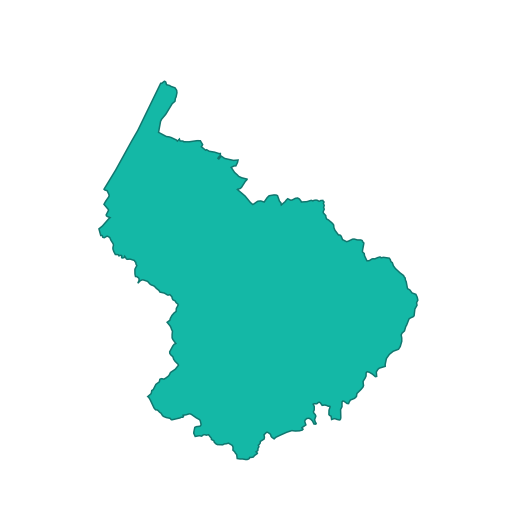 Quang Ninh, Quảng Bình, Vietnam, rotated 254°
{"feature_id": "81297802B18152468964479", "entity_name": "Quang Ninh", "entity_type": "district", "adm_level": 2, "iso_a3": "VNM", "parent_name": "Vietnam", "parent_adm1": "Quảng Bình", "projection": "albers", "projection_center": [106.503, 17.253], "detail": "fine", "context": "isolated", "style": "filled", "palette": "teal", "viewbox_px": 512, "rotation_deg": 254, "n_neighbors": 0, "source": "geoboundaries", "source_scale": "gbopen_adm2", "svg_char_len": 6044}
<svg xmlns="http://www.w3.org/2000/svg" viewBox="0 0 512 512"><g transform="rotate(254 256 256)"><path d="M75.2,223.0L76.3,225.2L77.0,229.3L78.1,237.0L78.3,242.3L76.9,245.6L76.0,249.5L75.9,252.4L76.6,253.5L77.8,252.8L78.3,252.8L79.9,257.4L83.2,257.2L84.6,257.8L85.8,259.9L85.5,262.2L83.9,263.7L81.8,264.8L78.5,265.4L77.9,267.1L78.5,267.7L80.2,267.2L82.5,267.2L85.6,269.4L87.2,269.2L89.4,268.2L90.8,268.4L91.9,269.5L95.2,270.5L97.8,270.1L98.0,271.2L97.3,273.2L97.3,274.0L98.0,275.4L98.0,276.6L97.1,277.4L94.2,278.4L93.8,281.1L92.8,282.8L91.7,284.0L91.3,285.5L90.6,285.7L87.7,283.7L83.6,282.4L82.6,282.7L81.3,284.0L78.0,283.6L78.1,286.1L77.8,287.2L76.6,288.8L75.4,291.0L75.4,291.6L76.1,292.4L77.4,293.0L85.1,295.0L87.4,297.1L91.9,298.4L92.6,299.4L92.3,300.4L89.1,302.9L88.6,304.3L89.8,305.2L91.5,307.0L92.0,311.5L93.2,313.8L96.0,315.1L98.8,320.2L100.5,322.7L101.9,323.7L103.7,323.9L106.0,324.4L108.5,327.2L110.3,328.7L113.2,329.6L113.7,330.1L114.1,331.1L113.0,332.9L110.3,335.4L107.1,337.5L107.0,338.8L111.4,339.7L112.2,340.6L113.4,341.9L114.2,343.5L114.3,349.8L116.2,350.3L121.5,353.1L124.7,357.1L126.6,361.6L127.1,367.3L129.2,369.7L133.8,372.6L137.0,373.5L140.1,373.8L141.5,375.0L143.1,378.1L146.9,380.5L148.0,381.7L153.3,385.7L153.9,387.4L154.3,390.3L155.0,391.5L161.2,394.1L164.3,397.2L166.4,397.4L167.2,397.7L168.9,399.4L171.9,399.6L175.1,399.1L177.5,395.8L181.0,394.5L182.7,392.8L183.6,392.7L189.8,393.3L191.8,393.0L193.8,393.3L195.3,392.6L196.5,392.5L200.1,389.8L205.6,386.5L208.6,385.4L212.0,385.2L213.5,384.1L215.4,384.1L217.2,383.5L219.6,378.2L219.8,375.8L220.6,375.3L220.9,374.9L220.9,372.4L220.5,369.4L221.1,367.7L221.2,366.7L220.4,363.9L220.4,362.7L220.8,361.3L226.3,360.4L228.6,360.7L230.3,359.6L230.8,359.5L232.4,360.1L238.3,363.1L239.0,363.2L240.1,362.5L241.6,362.3L242.5,361.2L243.5,357.9L245.1,355.3L245.6,353.5L244.8,348.9L244.8,347.0L247.9,343.7L251.3,343.4L252.6,342.9L253.2,342.1L253.3,341.3L253.7,341.0L259.0,339.0L261.8,338.7L264.4,339.2L266.1,338.6L270.7,335.6L272.1,334.1L274.0,333.9L275.6,334.2L278.7,332.7L279.4,332.6L280.2,332.9L282.2,334.5L284.2,334.4L285.7,335.5L288.1,335.3L289.0,336.2L289.5,336.2L290.3,335.6L291.0,335.6L291.5,333.6L291.2,332.4L291.2,331.7L292.7,330.2L293.2,329.1L293.5,327.2L293.3,325.8L294.3,324.4L294.2,319.9L295.4,314.5L296.1,314.5L298.9,313.4L300.3,312.0L300.6,309.7L299.9,306.4L300.0,304.8L302.3,302.3L301.5,300.7L300.1,298.8L298.1,294.4L300.3,294.6L302.1,293.7L308.1,293.3L309.1,292.1L309.8,289.9L310.3,285.2L309.0,282.8L305.6,278.7L307.6,275.8L308.1,273.2L308.1,272.5L306.5,267.9L306.4,267.1L308.9,265.4L316.7,262.0L325.1,256.4L325.3,256.9L325.2,259.2L325.9,260.9L330.6,266.2L332.0,268.5L332.4,268.6L335.1,263.9L337.3,261.3L339.1,260.4L342.3,258.4L348.0,256.6L348.6,259.6L348.2,261.5L351.0,264.0L353.2,265.2L354.1,260.7L358.4,252.8L361.6,250.1L359.5,247.0L360.4,246.3L361.3,247.2L362.5,249.5L364.4,250.0L364.5,249.8L364.4,249.1L367.3,244.7L369.6,239.9L371.8,237.8L371.6,236.7L376.1,233.6L377.7,235.4L382.1,234.3L383.1,231.2L384.2,223.2L385.7,218.1L386.2,217.9L386.8,217.0L387.4,215.0L387.9,214.6L389.5,214.6L388.1,212.1L389.5,211.4L393.2,207.2L394.4,205.4L395.6,202.7L401.7,196.4L411.8,201.4L413.6,203.1L417.1,208.3L425.5,217.4L427.1,220.8L429.7,221.9L430.9,223.0L434.7,225.0L437.1,225.4L440.0,224.5L442.7,220.7L443.6,220.1L445.2,217.4L445.5,217.2L448.1,217.2L449.1,216.4L449.2,216.0L448.0,213.0L448.3,212.0L409.2,176.9L400.7,168.1L377.3,144.8L362.1,128.3L361.1,128.9L359.8,130.9L355.5,131.6L354.7,131.5L353.5,130.8L350.1,126.6L347.6,124.1L341.3,126.9L340.3,126.6L336.8,123.3L335.9,123.3L335.0,123.9L333.1,126.3L332.2,124.4L327.2,116.7L325.4,112.5L318.5,112.4L318.4,113.3L317.9,113.8L316.2,113.9L315.4,115.2L316.1,118.0L315.9,118.8L314.1,120.5L311.1,120.9L307.0,122.1L305.5,121.9L303.8,120.9L302.2,120.4L299.7,120.5L296.2,121.2L295.4,123.6L294.9,124.2L293.9,124.3L294.0,125.9L293.8,126.6L293.3,127.0L291.4,126.4L290.9,127.1L290.8,128.8L291.9,129.7L288.8,130.7L288.3,131.4L287.8,133.9L287.4,134.6L285.2,137.9L283.9,138.1L283.2,138.7L281.4,138.4L279.6,138.8L277.1,136.3L276.2,135.8L272.1,134.7L269.5,134.5L269.0,135.8L267.2,137.1L266.5,137.3L264.8,136.9L262.4,134.9L264.2,138.1L264.4,140.1L264.1,141.0L261.5,144.8L258.3,146.3L257.0,147.4L256.3,148.5L254.9,150.0L252.3,151.3L249.7,153.2L247.8,153.7L245.6,157.7L242.9,160.2L242.6,161.0L242.6,162.6L240.0,163.9L238.2,163.8L236.8,164.1L235.3,165.7L234.5,166.1L233.3,166.3L231.2,167.7L230.4,167.6L229.7,167.1L227.6,165.0L224.7,163.9L223.9,161.7L222.1,158.9L219.7,156.5L218.0,155.5L216.8,152.3L212.6,154.1L210.8,154.5L208.6,154.6L206.8,155.0L203.6,153.7L200.4,152.8L198.5,153.1L194.0,154.8L193.7,153.0L192.5,151.3L187.7,146.6L186.1,146.3L184.3,146.9L182.1,148.3L179.4,148.4L178.0,148.9L177.0,149.2L173.3,151.3L172.3,151.3L169.4,147.2L167.6,141.7L165.7,140.0L164.7,138.7L163.7,136.1L163.0,133.6L164.1,131.5L164.1,129.9L163.8,129.5L161.7,128.4L160.2,124.4L155.9,120.4L155.4,118.7L153.3,117.7L152.4,116.9L150.7,113.2L149.7,113.9L147.2,114.6L138.0,116.1L137.0,116.5L135.8,117.1L135.3,118.5L134.5,119.2L132.4,120.3L131.0,121.4L128.2,122.2L127.0,123.2L125.4,125.3L123.7,128.6L122.1,129.4L121.7,130.0L121.3,138.4L121.6,139.6L121.2,141.2L121.6,142.0L123.0,142.0L122.6,145.1L122.7,148.3L122.3,149.3L121.6,150.2L117.0,153.9L114.3,156.6L113.2,157.0L109.2,156.8L108.4,156.2L107.8,155.3L108.4,151.6L108.1,149.9L103.9,147.7L102.7,147.3L99.3,147.8L98.9,152.0L97.8,154.1L98.5,155.8L98.6,156.8L97.9,158.4L97.5,158.7L97.3,161.1L93.0,162.9L91.9,162.6L90.3,164.3L89.9,164.6L88.4,164.6L86.2,165.9L85.3,167.0L83.7,171.9L84.1,174.1L83.7,175.3L83.7,177.9L83.3,178.3L80.8,180.7L79.5,181.2L78.1,181.1L75.7,180.3L73.8,181.5L72.1,181.9L70.4,182.7L66.5,182.1L65.2,184.9L64.6,187.1L63.1,190.2L62.8,191.5L62.9,193.0L63.3,193.9L64.1,194.3L63.6,196.4L63.5,198.0L64.6,199.6L65.7,202.6L66.1,203.0L67.7,202.1L68.4,203.9L68.8,204.3L70.5,204.8L71.8,206.2L73.5,206.1L74.0,207.2L75.1,208.5L76.5,209.0L77.8,213.3L79.5,214.2L81.9,214.4L83.6,217.5L83.5,218.2L83.1,218.8L81.2,220.4L80.2,220.8L78.5,220.8L77.3,221.3L75.2,223.0Z" fill="#14b8a6" stroke="#0f766e" stroke-width="1.5"/></g></svg>